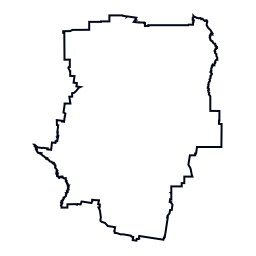 Loddon, Victoria, Australia (Albers equal-area conic projection)
{"feature_id": "25037944B85643834616367", "entity_name": "Loddon", "entity_type": "district", "adm_level": 2, "iso_a3": "AUS", "parent_name": "Australia", "parent_adm1": "Victoria", "projection": "albers", "projection_center": [143.84, -36.404], "detail": "fine", "context": "isolated", "style": "outline", "palette": "ink", "viewbox_px": 256, "rotation_deg": 0, "n_neighbors": 0, "source": "geoboundaries", "source_scale": "gbopen_adm2", "svg_char_len": 5667}
<svg xmlns="http://www.w3.org/2000/svg" viewBox="0 0 256 256"><path d="M34.4,144.7L35.0,145.3L34.6,146.2L35.6,147.0L35.7,147.8L36.3,148.3L36.2,148.5L36.6,148.5L36.1,149.3L36.1,149.7L36.9,149.9L36.8,150.9L37.4,151.4L37.3,151.9L37.9,152.7L39.2,153.1L39.9,152.8L41.3,153.1L40.6,153.9L41.8,154.6L42.5,155.5L43.6,156.0L45.0,157.4L45.8,157.6L46.1,158.6L47.4,158.2L47.5,158.6L47.4,159.3L48.2,159.4L50.0,161.5L51.5,161.7L51.9,162.5L53.8,162.8L53.8,163.1L53.4,163.6L54.7,164.1L54.7,165.1L55.4,165.4L55.2,166.1L55.5,166.5L55.1,167.4L55.4,167.7L55.5,168.3L56.3,168.8L56.8,169.8L56.7,170.2L57.2,170.6L56.7,171.0L56.6,171.5L57.0,171.6L57.3,172.1L56.9,172.2L56.5,172.7L56.7,173.1L56.3,173.3L56.5,173.7L57.2,173.8L56.6,174.3L56.8,174.6L57.2,174.5L57.4,174.8L57.0,175.2L57.0,175.7L57.7,175.5L57.8,176.5L58.7,176.6L58.8,177.5L59.2,178.0L59.6,177.7L59.4,177.3L60.1,177.2L60.9,176.5L61.6,176.5L61.7,177.0L62.2,176.8L62.3,177.2L62.7,177.0L62.8,177.6L64.0,178.3L65.0,178.3L65.2,178.1L65.7,178.2L65.4,178.9L65.5,179.2L65.8,179.2L65.8,180.0L66.2,180.3L65.9,180.5L66.0,181.0L65.8,181.2L66.0,181.6L66.6,181.7L66.6,182.3L66.9,182.6L66.7,182.8L67.0,183.6L67.5,183.5L67.9,184.2L67.7,184.8L67.9,185.1L67.8,185.5L68.5,185.5L68.2,185.8L68.5,186.3L68.3,186.5L68.7,186.8L68.7,187.1L68.1,187.8L68.4,188.1L68.4,188.5L68.0,188.8L68.4,189.4L67.9,189.5L67.5,190.0L67.6,190.3L67.5,190.6L67.2,190.8L67.7,191.2L67.5,191.5L67.6,192.2L66.8,192.3L66.5,193.1L66.1,193.1L66.4,193.6L66.2,193.8L66.3,194.0L66.0,194.2L65.8,194.9L66.0,195.9L64.4,197.3L63.7,197.5L63.8,198.3L63.5,198.3L63.5,199.0L62.5,200.0L62.8,200.0L62.9,200.3L62.2,200.8L62.1,201.3L61.5,201.5L61.1,202.4L61.3,202.5L61.3,202.8L61.5,202.8L61.4,202.9L61.7,203.1L61.8,203.5L62.1,203.7L60.9,205.3L61.0,205.8L61.5,206.1L61.4,206.5L61.7,207.1L61.6,207.6L67.4,207.6L67.4,204.3L75.4,204.1L76.5,204.3L76.4,204.5L77.0,204.7L77.3,204.0L80.6,204.4L81.6,201.5L91.5,203.0L91.6,202.3L92.3,201.4L92.1,199.9L92.2,199.7L95.0,200.1L99.0,200.3L98.1,204.2L99.8,204.5L99.6,206.1L99.8,206.1L99.8,206.4L99.6,206.4L99.4,207.8L98.6,207.7L99.9,210.4L100.0,211.3L100.9,217.4L100.4,219.8L100.5,220.8L100.9,221.3L101.9,221.9L104.9,222.9L107.6,225.7L107.7,226.0L115.1,227.2L114.5,230.5L114.6,231.2L114.3,231.3L114.7,232.1L114.8,232.9L116.8,233.1L120.8,234.4L123.1,234.3L131.0,235.7L131.5,236.7L133.2,236.9L132.7,240.1L133.9,240.3L136.4,240.6L136.7,238.9L138.5,239.1L139.2,238.8L138.9,238.0L139.2,236.0L163.4,239.7L163.7,238.1L164.2,238.1L164.4,236.8L164.8,236.9L167.8,217.3L167.2,217.3L167.5,215.8L169.5,213.4L170.1,210.0L171.7,210.0L172.5,204.7L171.1,202.8L171.2,202.1L169.7,201.9L170.1,199.3L171.3,199.5L171.3,193.2L171.1,193.0L171.3,193.0L171.3,186.4L181.7,186.4L181.7,183.1L184.3,183.1L184.3,176.6L192.4,176.6L191.8,174.9L190.5,168.4L188.4,164.6L189.9,155.3L195.1,155.3L195.1,153.5L196.1,153.5L197.0,147.0L221.4,147.0L221.6,124.0L219.0,123.9L219.0,120.7L219.4,120.7L219.4,111.0L210.3,110.9L210.3,96.2L208.9,94.5L209.2,94.1L208.9,93.0L209.2,92.7L208.4,92.0L208.5,90.9L208.2,90.5L208.9,90.0L208.4,89.2L208.8,88.7L208.3,88.1L207.7,87.9L207.8,87.0L208.4,86.5L208.3,86.1L208.5,85.5L208.3,85.1L208.6,84.6L208.3,84.3L208.7,83.2L208.7,82.5L209.2,81.7L209.7,81.5L209.9,80.8L209.8,79.9L209.5,79.4L210.2,78.6L210.6,77.9L210.4,77.6L210.6,76.6L210.3,76.1L210.8,75.6L211.0,75.6L211.1,75.2L211.8,74.5L211.9,73.8L211.3,73.7L211.1,72.6L211.3,71.5L211.1,71.2L210.7,71.3L211.0,70.7L211.4,70.5L211.2,69.3L211.4,68.1L211.9,67.6L211.7,67.1L212.1,66.5L211.9,66.0L212.2,65.7L212.4,65.1L212.9,65.3L213.0,64.6L214.3,65.2L214.3,64.3L214.9,63.6L214.8,63.0L215.2,62.9L215.4,62.6L215.4,62.1L215.1,61.7L215.5,60.7L216.6,59.5L217.3,59.7L217.3,58.7L217.2,57.4L216.4,56.2L216.3,53.9L215.1,53.1L215.0,52.2L215.3,51.5L215.1,50.9L214.6,50.7L215.2,49.5L215.6,49.3L215.6,48.9L216.3,48.7L216.4,48.3L217.1,48.2L217.1,47.7L216.7,47.4L216.7,47.1L216.9,46.8L216.5,46.5L215.9,46.7L215.5,46.5L215.4,46.0L215.7,45.3L215.3,45.0L215.2,44.0L214.8,44.2L214.6,43.8L214.0,43.6L212.8,42.4L212.6,41.4L212.3,41.1L211.5,41.1L211.1,40.7L210.9,40.1L210.3,39.8L210.2,38.3L209.6,37.6L209.8,36.7L210.2,36.7L210.3,36.5L209.8,35.5L210.0,35.2L210.4,35.3L210.6,34.3L211.3,34.5L211.3,33.8L212.0,34.1L211.7,33.4L212.4,33.3L210.4,30.0L208.1,27.8L206.7,25.3L206.6,24.7L207.3,21.3L207.0,21.1L206.7,20.3L206.2,20.2L205.7,20.4L205.5,20.8L204.8,21.0L203.2,19.6L202.5,18.7L202.1,18.7L201.2,19.2L200.6,18.2L200.1,17.9L198.8,18.4L197.8,18.0L196.7,17.9L195.3,17.0L194.4,17.0L193.4,15.8L193.4,17.0L193.2,17.6L192.7,18.0L192.9,19.0L192.7,19.6L193.3,19.7L193.1,20.3L193.6,20.6L193.4,20.8L193.6,21.1L193.4,21.4L193.4,21.8L193.0,22.1L193.4,22.5L193.0,23.5L193.0,24.7L188.5,24.7L188.2,25.2L148.3,25.2L148.4,26.0L144.9,26.0L145.0,23.1L144.2,23.1L144.2,22.5L139.3,22.5L139.3,22.3L136.7,22.3L133.8,21.9L134.0,21.6L134.3,21.7L134.6,20.8L134.9,20.8L135.2,20.2L136.2,19.9L135.4,19.2L135.5,18.5L135.8,18.3L135.8,18.0L136.1,17.7L127.4,16.4L126.8,16.8L126.9,16.4L122.8,15.8L122.6,15.4L109.4,15.4L109.4,21.4L100.9,21.4L100.9,21.9L89.2,21.9L89.2,29.8L72.6,29.9L70.0,31.1L63.2,31.2L63.2,32.9L64.3,32.9L64.5,59.7L69.8,59.6L69.8,66.9L69.0,66.9L68.6,67.2L68.4,67.7L68.5,68.4L69.4,69.8L69.8,71.1L70.2,71.1L70.2,75.9L74.5,76.1L73.6,82.7L76.9,83.1L76.4,86.4L80.3,87.0L78.9,87.6L76.2,90.9L74.6,92.4L73.9,92.9L72.1,93.2L72.2,96.6L69.3,96.7L70.4,103.5L64.6,103.5L64.6,104.9L63.5,112.5L65.4,113.5L65.0,116.2L64.8,116.2L64.0,121.8L62.1,121.5L62.2,120.8L56.8,120.1L56.9,125.1L58.2,125.3L57.3,132.3L57.8,132.3L57.4,135.5L58.3,135.6L58.0,137.6L57.1,137.5L57.6,138.6L57.3,140.8L56.6,140.7L56.5,141.4L55.6,141.3L55.4,142.9L52.0,142.5L51.1,149.8L47.4,149.4L47.7,148.4L42.8,147.8L41.9,148.1L41.6,147.9L37.6,147.4L34.6,144.7L34.4,144.7Z" fill="none" stroke="#020617" stroke-width="2"/></svg>